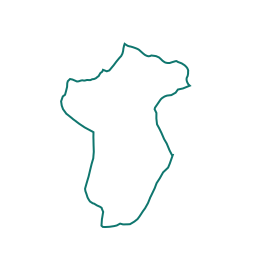 Lingmukha, Punakha, Bhutan (Robinson projection), rotated 139°
{"feature_id": "84629894B76511771149478", "entity_name": "Lingmukha", "entity_type": "district", "adm_level": 2, "iso_a3": "BTN", "parent_name": "Bhutan", "parent_adm1": "Punakha", "projection": "robinson", "projection_center": [89.91, 27.547], "detail": "fine", "context": "isolated", "style": "outline", "palette": "teal", "viewbox_px": 256, "rotation_deg": 139, "n_neighbors": 0, "source": "geoboundaries", "source_scale": "gbopen_adm2", "svg_char_len": 2304}
<svg xmlns="http://www.w3.org/2000/svg" viewBox="0 0 256 256"><g transform="rotate(139 128 128)"><path d="M75.3,193.7L77.0,192.7L79.3,191.0L81.2,189.3L83.4,187.8L85.9,186.8L88.7,186.5L93.4,185.7L97.5,184.8L98.7,184.6L99.4,184.5L101.2,184.2L104.3,183.7L106.8,184.7L108.7,188.3L109.8,187.7L110.8,187.4L111.8,187.5L112.7,187.6L113.6,187.3L114.9,186.9L115.7,186.5L116.8,186.5L117.9,186.6L119.3,186.6L120.2,186.8L121.6,187.3L122.9,188.2L123.7,188.5L124.3,188.6L125.2,189.0L127.3,191.0L127.9,191.4L129.2,192.0L129.8,192.4L130.5,193.1L131.0,193.8L131.7,194.3L132.4,194.7L134.6,195.6L136.0,196.6L138.1,201.0L139.6,203.0L142.7,202.8L144.4,201.7L147.0,199.0L150.4,196.6L152.2,195.4L153.7,194.4L156.5,194.6L161.0,192.0L163.3,188.4L164.7,184.8L165.2,179.1L165.0,178.4L163.8,171.8L163.7,170.9L162.0,163.0L160.3,156.8L156.8,147.5L160.2,143.7L162.0,141.5L165.1,137.8L166.4,136.2L169.5,132.4L172.5,129.5L174.1,127.9L179.1,124.7L179.8,124.2L183.9,121.3L189.6,117.2L192.3,115.5L195.9,113.2L200.3,110.3L201.6,108.2L202.5,105.8L204.1,102.1L204.6,99.8L204.9,97.5L204.0,94.3L203.2,93.1L202.2,89.9L200.8,86.9L200.3,85.1L200.8,83.9L201.8,80.9L202.5,80.4L206.7,76.9L207.4,76.4L212.1,71.7L211.9,69.9L210.4,68.4L206.8,65.6L202.9,63.1L200.4,61.8L196.7,61.0L195.0,58.5L191.9,55.9L189.6,54.1L186.9,53.6L184.6,53.2L180.6,53.0L177.3,53.7L171.3,55.4L167.8,56.2L162.2,58.2L157.5,60.6L156.8,61.0L155.5,61.5L147.4,65.0L142.6,67.6L137.0,69.2L130.6,71.5L123.7,71.8L119.7,73.8L112.0,78.2L112.6,78.6L111.3,83.9L109.0,90.8L108.0,96.0L106.0,102.3L104.7,107.1L103.7,111.7L100.4,116.5L96.7,120.7L95.6,124.7L94.3,125.6L92.8,126.0L85.1,128.0L83.8,128.2L82.6,128.2L81.8,128.1L79.8,127.8L78.4,127.3L77.2,126.8L73.7,124.4L68.9,123.4L65.1,124.3L60.6,121.8L53.6,119.4L53.8,121.4L53.3,123.6L52.7,125.1L51.9,126.3L51.1,127.1L50.4,127.5L49.1,128.0L48.0,128.8L46.9,129.7L45.8,131.0L45.0,131.7L44.5,132.7L44.0,134.3L43.9,135.9L44.1,138.2L45.1,141.6L47.0,145.1L47.5,146.7L48.4,147.3L51.0,148.5L52.4,149.1L53.9,149.7L55.2,150.8L56.0,151.7L56.8,152.8L57.2,153.7L57.8,156.1L58.0,158.6L58.3,160.9L59.6,163.7L60.4,164.7L61.0,165.4L62.8,167.4L64.3,167.9L65.6,168.8L66.6,170.4L67.3,172.2L67.7,174.3L68.1,177.4L68.4,179.8L68.9,181.3L69.9,183.3L71.2,185.6L72.6,187.8L73.3,188.6L74.3,190.2L74.9,192.1L75.3,193.7Z" fill="none" stroke="#0f766e" stroke-width="2"/></g></svg>